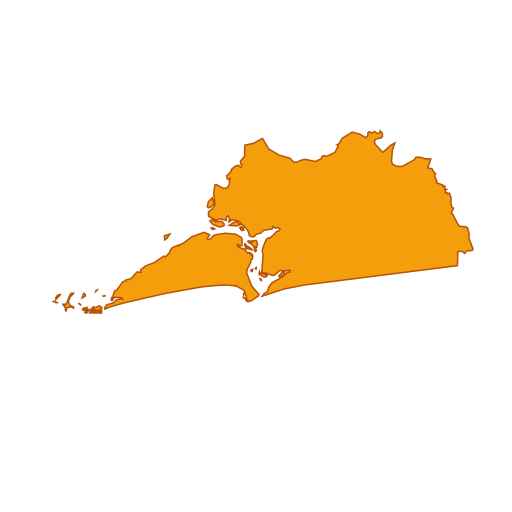 Bonthe, Southern, Sierra Leone, rotated 332°
{"feature_id": "65957751B90425188102960", "entity_name": "Bonthe", "entity_type": "district", "adm_level": 2, "iso_a3": "SLE", "parent_name": "Sierra Leone", "parent_adm1": "Southern", "projection": "albers", "projection_center": [-12.539, 7.5], "detail": "fine", "context": "isolated", "style": "filled", "palette": "amber", "viewbox_px": 512, "rotation_deg": 332, "n_neighbors": 0, "source": "geoboundaries", "source_scale": "gbopen_adm2", "svg_char_len": 6103}
<svg xmlns="http://www.w3.org/2000/svg" viewBox="0 0 512 512"><g transform="rotate(332 256 256)"><path d="M452.4,261.7L449.0,258.8L455.9,252.4L450.8,249.4L447.6,246.1L443.6,243.9L440.7,245.4L426.9,245.5L422.0,242.6L419.6,239.0L420.1,235.9L426.2,226.4L431.7,221.4L427.6,221.4L416.6,224.0L413.8,213.6L413.9,211.3L415.6,209.4L417.0,209.1L422.0,210.5L423.8,209.8L425.2,206.7L424.3,203.8L423.4,205.1L421.5,205.2L420.5,204.7L419.1,201.7L415.9,201.8L414.4,199.4L412.8,199.6L410.9,202.4L408.6,203.1L404.6,196.9L399.1,191.8L387.6,192.5L381.4,196.0L379.9,195.9L380.7,196.6L379.0,198.4L374.2,201.6L365.4,201.2L362.6,199.1L361.1,199.1L359.0,200.7L352.7,200.4L344.9,193.8L341.1,192.6L335.9,192.3L333.4,190.8L331.7,185.4L323.7,177.7L317.5,167.5L316.9,155.2L306.7,155.3L298.2,152.9L292.7,162.6L286.8,164.9L285.7,167.4L286.4,168.7L284.9,170.3L283.9,170.3L283.3,167.8L280.3,166.9L275.5,167.9L272.1,170.4L267.5,171.5L267.0,174.8L269.6,175.5L267.9,176.7L266.5,179.8L263.4,182.0L260.7,181.8L258.7,180.7L254.4,174.2L253.0,174.0L248.1,180.8L243.8,191.7L239.9,193.8L234.9,194.6L232.7,198.6L237.5,205.6L241.8,206.4L246.4,210.6L248.6,207.6L250.3,207.3L250.3,212.5L253.9,213.9L257.5,217.8L260.5,228.1L260.7,231.0L259.7,235.1L262.0,237.6L263.6,238.0L266.6,236.9L271.0,238.0L274.7,237.0L282.9,239.7L284.9,237.8L285.8,240.2L288.9,241.6L289.9,243.5L287.9,244.6L285.9,244.0L276.6,246.9L275.8,245.8L273.2,246.0L269.0,249.2L264.1,254.0L262.4,259.2L253.4,273.0L257.4,276.4L261.4,280.9L263.6,281.6L270.2,279.9L272.6,281.8L278.5,284.2L279.2,284.8L278.7,286.3L276.4,285.2L268.4,286.9L257.5,287.2L253.1,289.2L249.4,292.7L245.5,293.0L242.6,294.4L264.9,298.2L285.6,304.5L429.3,359.1L436.4,346.7L440.0,348.5L441.5,351.8L444.4,350.2L449.5,352.7L450.9,351.6L452.1,342.2L452.7,339.5L454.7,336.5L456.0,330.6L454.8,328.5L449.9,325.5L449.1,323.0L449.4,311.8L448.3,310.1L452.9,306.4L451.9,305.0L452.7,301.2L455.6,296.1L456.3,291.3L454.5,291.2L454.3,289.6L452.8,288.9L453.6,288.4L453.8,286.4L455.4,286.6L454.1,285.0L455.6,283.1L453.7,282.1L454.4,281.5L453.6,280.2L449.6,276.0L450.5,275.5L451.0,273.4L451.1,269.0L453.2,267.7L452.4,265.5L452.4,261.7ZM221.3,210.7L208.2,208.9L197.4,210.6L194.1,210.1L192.9,210.9L192.4,209.9L186.1,209.4L183.6,210.3L181.5,212.3L175.8,214.3L174.7,212.8L163.5,214.1L153.9,212.9L147.7,214.1L146.8,216.4L143.4,214.2L135.8,217.1L132.1,216.9L130.3,216.0L129.6,216.6L126.3,216.3L117.4,220.5L114.5,220.6L109.7,225.2L117.1,229.1L118.4,232.3L116.9,230.4L111.5,229.2L108.4,230.4L101.1,229.0L97.7,230.9L97.7,232.0L103.4,232.4L117.6,235.5L157.4,246.2L194.5,258.1L210.8,265.0L218.2,268.9L224.0,273.0L224.4,271.7L224.1,272.9L228.7,279.5L229.3,281.8L227.3,291.8L230.2,293.4L239.7,292.3L240.6,291.1L238.1,280.7L239.8,266.5L242.1,263.5L248.5,259.1L249.8,256.8L251.3,257.0L252.8,255.0L252.4,253.7L253.3,253.9L253.5,252.9L252.4,250.5L251.8,251.2L251.4,249.6L249.9,249.4L249.2,244.7L245.7,241.2L244.6,239.3L244.6,237.2L245.4,237.2L246.5,239.6L248.5,240.2L251.6,234.5L251.8,232.7L248.1,227.1L239.8,221.6L231.0,218.5L227.8,218.0L223.4,219.7L221.2,218.6L221.6,217.4L225.0,215.6L224.1,214.2L221.3,210.7ZM242.2,214.1L242.9,212.8L242.0,209.4L236.5,206.7L234.2,203.3L231.7,203.4L232.6,207.7L236.6,212.5L239.2,214.0L242.2,214.1ZM90.4,226.3L88.4,224.5L87.6,224.7L88.1,226.1L87.8,227.0L89.4,229.1L93.8,230.6L93.1,232.2L92.4,232.1L93.2,230.6L90.7,232.0L89.1,231.3L90.8,230.3L89.6,230.6L89.0,229.5L87.0,229.4L85.5,227.9L85.4,228.6L85.0,227.4L86.3,225.5L84.7,225.3L84.1,227.0L82.3,228.0L92.8,233.9L95.7,228.7L95.0,228.5L94.5,226.4L90.4,226.3ZM68.5,209.5L69.6,207.3L72.5,205.0L77.4,203.3L75.9,202.1L73.6,202.9L66.6,208.8L65.1,209.5L64.2,209.3L64.2,210.0L63.9,208.6L65.5,209.1L62.8,208.0L63.5,213.1L62.9,214.6L62.7,213.6L62.3,213.9L62.5,215.1L63.2,214.9L63.7,213.3L65.5,213.1L69.3,214.2L70.2,216.3L71.1,215.5L68.8,212.4L68.5,209.5ZM244.7,184.0L239.3,185.8L236.2,189.4L236.4,191.0L238.7,191.6L243.6,190.2L244.7,184.0ZM260.7,248.8L261.0,247.6L262.8,246.7L263.6,243.3L263.4,242.3L260.2,241.0L257.3,243.1L259.0,247.4L260.7,248.8ZM254.0,215.8L246.8,216.4L252.9,220.3L256.8,221.0L255.1,216.9L254.0,215.8ZM267.2,286.0L271.6,285.6L274.3,283.1L272.0,282.4L266.7,284.4L267.2,286.0ZM190.3,196.2L184.6,195.2L182.9,198.9L185.8,198.6L190.3,196.2ZM255.0,278.8L255.8,276.8L252.3,273.4L251.3,275.5L253.5,278.8L255.0,278.8ZM86.2,211.3L87.3,210.0L86.3,208.1L82.7,211.4L86.2,211.3ZM82.7,222.0L79.5,221.3L79.7,224.8L80.3,223.1L81.7,224.4L82.7,222.0ZM257.3,227.5L257.9,225.7L255.1,223.5L254.9,225.5L255.6,227.0L257.3,227.5ZM58.6,200.5L65.0,198.4L65.2,198.2L63.4,197.5L61.4,197.9L59.3,199.2L58.6,200.5ZM255.5,248.9L255.1,246.8L253.5,244.1L252.5,246.1L255.5,248.9ZM83.0,225.5L82.6,224.0L81.8,225.2L78.6,225.6L77.8,225.0L79.5,226.9L83.0,225.5ZM259.0,240.7L256.4,239.1L255.5,239.2L256.3,241.6L259.0,240.7ZM251.5,245.3L252.6,243.4L252.5,241.9L251.0,241.9L250.7,244.8L251.5,245.3ZM108.3,227.8L110.3,226.7L109.0,225.0L107.4,226.9L108.3,227.8ZM259.0,251.5L259.1,249.9L258.1,248.2L257.4,251.8L259.0,251.5ZM232.2,212.6L230.9,210.5L229.4,210.4L230.3,212.4L232.2,212.6ZM246.8,266.2L244.9,266.0L244.5,267.5L245.5,267.7L246.8,266.2ZM87.6,229.1L87.5,227.0L87.8,226.2L87.2,225.7L86.6,227.7L87.6,229.1ZM250.2,273.9L251.4,273.0L251.7,271.5L250.2,273.2L250.2,273.9ZM249.2,280.2L249.8,278.9L248.9,277.9L248.6,279.3L249.2,280.2ZM226.8,289.1L225.5,286.4L225.7,285.6L225.2,287.1L226.8,289.1ZM256.1,279.1L256.9,278.0L256.2,277.1L255.3,278.6L256.1,279.1ZM257.7,224.7L256.7,223.2L255.4,223.3L256.4,224.3L257.7,224.7ZM255.6,275.6L255.4,274.9L253.6,274.5L254.9,275.7L255.6,275.6ZM252.0,241.7L252.4,240.9L252.0,240.0L251.1,240.8L252.0,241.7ZM78.6,217.6L78.0,215.7L76.8,214.2L78.6,217.6ZM78.7,221.6L77.7,221.8L77.4,222.5L78.0,221.7L78.3,223.9L78.7,221.6ZM59.3,204.5L55.9,200.9L55.7,200.9L57.3,203.0L59.3,204.5ZM227.1,289.4L226.6,289.4L226.4,291.4L227.2,292.2L227.1,289.4ZM248.1,213.2L249.4,213.2L248.9,212.0L248.1,213.2ZM250.8,266.3L249.5,266.6L249.8,267.6L250.5,267.1L250.8,266.3ZM228.3,282.7L226.8,283.8L226.8,284.5L228.3,282.7ZM97.9,212.1L98.7,211.9L99.7,211.4L98.7,211.3L97.9,212.1ZM102.3,219.6L102.6,220.2L104.1,220.3L104.1,220.1L102.3,219.6Z" fill="#f59e0b" stroke="#b45309" stroke-width="1.5"/></g></svg>